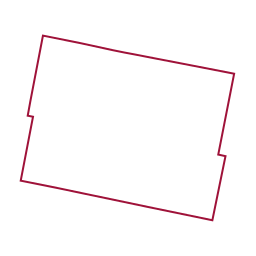 outline of Greene, Missouri, United States of America, rotated 190°
{"feature_id": "52423323B68605261841500", "entity_name": "Greene", "entity_type": "district", "adm_level": 2, "iso_a3": "USA", "parent_name": "United States of America", "parent_adm1": "Missouri", "projection": "orthographic", "projection_center": [-93.327, 37.258], "detail": "fine", "context": "isolated", "style": "outline", "palette": "rose", "viewbox_px": 256, "rotation_deg": 190, "n_neighbors": 0, "source": "geoboundaries", "source_scale": "gbopen_adm2", "svg_char_len": 381}
<svg xmlns="http://www.w3.org/2000/svg" viewBox="0 0 256 256"><g transform="rotate(190 128 128)"><path d="M28.9,51.8L27.1,117.2L34.5,117.5L32.9,199.9L85.2,200.8L111.5,201.2L134.6,201.6L144.5,201.7L156.6,202.0L189.1,203.3L227.8,204.2L228.8,138.3L228.9,122.7L223.5,122.6L224.5,57.5L185.6,56.6L161.1,55.8L94.6,53.7L28.9,51.8Z" fill="none" stroke="#9f1239" stroke-width="2"/></g></svg>